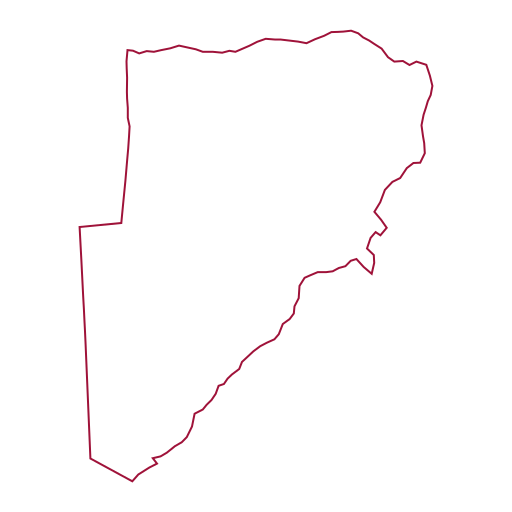 the district of Içara, Santa Catarina, Brazil
{"feature_id": "56859067B6468412631318", "entity_name": "Içara", "entity_type": "district", "adm_level": 2, "iso_a3": "BRA", "parent_name": "Brazil", "parent_adm1": "Santa Catarina", "projection": "natural_earth1", "projection_center": [-49.261, -28.768], "detail": "fine", "context": "isolated", "style": "outline", "palette": "rose", "viewbox_px": 512, "rotation_deg": 0, "n_neighbors": 0, "source": "geoboundaries", "source_scale": "gbopen_adm2", "svg_char_len": 1668}
<svg xmlns="http://www.w3.org/2000/svg" viewBox="0 0 512 512"><path d="M132.3,481.3L138.3,474.5L149.4,467.5L157.0,463.6L152.8,458.2L160.5,456.4L166.8,452.7L174.9,446.2L181.8,442.2L186.8,437.1L192.0,426.5L194.6,413.7L202.8,409.5L206.7,404.7L211.5,400.0L215.7,393.8L218.6,385.8L223.9,384.0L227.6,378.6L231.9,374.5L239.2,369.0L242.0,361.9L253.4,351.3L260.2,346.2L266.9,342.7L274.4,339.3L278.8,334.2L282.8,324.0L289.7,319.0L293.8,313.5L294.5,306.3L298.7,298.2L299.5,285.9L304.6,277.8L310.0,275.4L317.8,272.1L326.4,272.1L332.7,271.3L338.8,268.0L345.4,266.2L350.7,260.8L356.4,259.0L363.7,267.0L371.7,273.8L374.2,262.9L373.8,255.0L367.0,248.5L370.6,237.9L375.6,232.1L380.4,235.3L386.7,227.8L381.1,219.8L374.4,211.8L380.2,202.3L384.9,189.9L392.4,181.9L400.2,178.0L406.8,168.1L413.4,163.0L420.2,162.7L424.8,153.2L424.2,143.1L423.0,136.2L421.5,125.3L423.6,114.7L425.9,107.7L427.8,101.2L430.7,95.0L432.4,85.9L429.9,75.7L426.3,64.8L416.4,61.6L409.5,65.0L402.9,61.0L394.3,61.6L388.0,57.2L381.6,48.6L374.2,43.9L369.1,40.5L363.1,37.4L358.2,33.3L351.1,30.7L343.3,31.6L337.6,31.9L331.4,32.1L324.1,35.8L315.1,39.2L306.5,43.2L298.1,41.6L280.3,39.5L274.6,39.5L265.7,38.8L257.2,41.8L249.5,45.7L235.4,51.8L229.4,50.8L222.2,52.7L212.8,51.8L202.8,51.8L195.9,49.3L188.1,47.6L179.0,45.6L170.3,48.3L161.3,50.1L153.9,51.8L146.7,51.1L139.2,53.4L133.0,50.7L127.5,50.1L126.5,61.3L126.7,68.5L127.1,77.7L126.9,91.9L127.1,98.7L127.8,107.9L127.8,117.9L129.6,126.4L129.0,136.9L128.2,148.5L127.1,160.8L125.4,180.8L123.1,204.2L121.3,223.0L79.6,227.0L81.4,260.8L83.2,296.8L83.9,309.1L84.4,319.6L85.0,331.3L85.6,344.4L90.4,458.5L108.6,468.4L132.3,481.3Z" fill="none" stroke="#9f1239" stroke-width="2"/></svg>